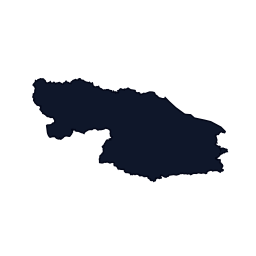 Kawkareik, Kayin, Myanmar (Natural Earth projection), rotated 295°
{"feature_id": "60261553B42100651402541", "entity_name": "Kawkareik", "entity_type": "district", "adm_level": 2, "iso_a3": "MMR", "parent_name": "Myanmar", "parent_adm1": "Kayin", "projection": "natural_earth1", "projection_center": [98.169, 16.039], "detail": "fine", "context": "isolated", "style": "filled", "palette": "ink", "viewbox_px": 256, "rotation_deg": 295, "n_neighbors": 0, "source": "geoboundaries", "source_scale": "gbopen_adm2", "svg_char_len": 5858}
<svg xmlns="http://www.w3.org/2000/svg" viewBox="0 0 256 256"><g transform="rotate(295 128 128)"><path d="M88.5,63.6L88.8,63.5L88.9,64.2L89.2,64.5L89.2,65.3L89.5,65.4L89.5,66.0L88.9,66.6L88.6,67.5L88.6,68.7L88.8,68.9L88.9,70.1L90.0,70.2L89.5,71.8L92.0,73.2L93.0,73.4L94.4,74.6L94.9,75.3L95.6,77.9L95.9,78.6L99.0,79.3L99.6,79.1L100.9,79.4L102.1,78.4L102.4,78.6L102.5,77.9L102.9,77.6L103.6,78.8L103.2,79.4L103.9,80.1L104.2,80.8L103.3,81.4L103.5,82.8L104.2,84.4L104.3,87.8L104.6,88.5L104.5,90.4L105.8,90.4L107.2,91.1L109.8,92.9L110.8,94.4L111.1,95.4L111.4,96.0L112.9,96.8L113.9,98.8L113.9,99.7L113.5,101.6L114.7,102.9L115.1,104.1L116.6,106.1L117.4,106.9L118.9,107.8L118.6,108.2L119.0,110.2L118.6,112.9L118.2,112.9L117.2,113.8L115.3,114.3L114.7,114.9L113.4,115.6L113.3,117.4L112.7,117.6L111.0,117.0L110.3,116.1L109.9,116.9L109.3,116.0L108.4,115.1L108.3,114.2L106.6,113.7L105.6,113.8L104.0,113.5L102.5,113.5L102.1,113.8L101.6,113.7L101.5,113.1L100.2,112.7L99.4,113.9L99.4,114.6L98.2,114.6L96.5,115.7L95.6,115.8L95.1,116.1L94.1,115.4L92.7,115.4L91.2,114.5L90.2,114.7L88.6,115.4L87.8,115.2L87.0,115.8L84.8,116.9L85.3,118.8L85.9,120.0L86.5,120.2L87.3,121.3L87.5,122.1L88.3,122.6L88.2,123.2L88.7,123.3L88.7,126.2L89.3,127.1L89.9,127.3L90.5,128.5L90.6,130.0L89.9,130.7L88.9,130.9L88.2,131.5L88.6,133.1L88.6,134.0L87.0,136.2L87.3,136.2L87.1,136.8L87.3,137.8L87.7,139.2L88.8,141.8L88.1,142.8L87.4,143.1L87.0,143.9L86.8,144.8L87.5,146.3L87.9,148.0L88.0,149.1L87.0,150.1L87.7,151.3L87.8,151.9L88.8,152.3L88.8,154.0L89.9,155.2L90.4,157.1L90.5,158.2L89.8,158.2L89.7,158.7L90.1,159.5L90.7,160.2L90.9,161.0L91.0,162.5L90.8,163.1L92.2,165.4L92.6,166.6L92.4,166.9L91.9,166.9L91.2,167.6L91.0,170.0L90.5,170.1L90.2,170.8L90.3,171.3L90.9,172.3L91.0,173.3L90.6,173.9L91.6,174.5L91.8,174.9L93.1,174.7L93.9,174.3L94.3,174.4L94.5,175.4L95.3,175.6L95.6,176.6L95.5,177.6L95.9,177.8L96.6,179.1L97.1,179.0L97.7,177.8L98.3,178.0L99.0,177.6L99.4,178.1L99.5,178.7L99.2,181.7L99.4,182.7L99.8,183.5L100.5,183.7L101.5,184.9L102.1,184.8L102.6,185.0L105.2,188.9L105.9,191.6L107.4,193.4L109.2,194.9L109.3,195.6L109.8,196.1L110.1,196.8L110.3,198.2L111.0,199.4L111.3,199.6L111.5,201.4L112.3,202.1L112.4,203.0L112.8,203.7L112.3,204.4L112.9,205.1L113.8,205.6L114.8,206.7L116.0,209.5L116.5,209.7L117.2,210.6L117.5,211.4L118.0,213.5L118.3,213.7L119.6,215.9L119.6,217.6L120.1,218.2L120.5,218.3L121.1,218.1L122.0,218.2L123.3,219.1L125.0,221.0L125.1,222.4L124.9,222.8L126.2,224.5L127.3,227.0L127.0,230.2L127.6,230.4L128.1,230.1L129.1,231.8L129.9,232.1L130.3,231.8L130.0,230.9L130.3,230.3L130.6,230.0L131.8,229.8L133.6,229.9L134.7,228.7L134.6,228.4L134.9,227.7L135.5,226.8L135.3,226.1L135.6,225.6L137.1,225.5L137.5,225.1L137.5,224.7L138.0,224.6L137.4,223.7L137.4,222.9L136.9,222.4L137.6,221.6L137.1,220.9L137.3,220.5L137.6,220.3L138.0,220.7L138.2,220.4L139.8,221.8L141.2,222.4L142.3,222.6L143.4,222.3L143.4,223.1L144.1,223.3L144.2,223.8L144.8,224.2L145.6,224.2L146.3,225.7L146.9,226.0L147.2,225.8L147.7,226.6L148.2,226.9L148.1,227.1L148.6,227.9L149.6,226.8L150.1,226.9L150.3,226.3L149.9,225.5L150.0,224.3L149.7,223.6L149.9,222.9L149.1,221.4L148.7,221.1L147.0,221.4L148.0,220.4L148.6,219.3L149.6,219.5L150.0,219.2L150.0,218.7L149.4,218.0L149.6,215.3L150.0,214.6L150.2,213.9L150.5,214.0L151.8,213.9L152.1,214.7L152.7,214.0L154.0,213.6L154.6,213.6L157.2,211.4L157.2,210.9L157.5,210.6L158.5,210.4L158.8,210.9L159.2,210.9L159.9,211.5L160.4,212.6L162.5,212.9L163.3,213.3L163.9,214.0L164.3,214.0L164.5,214.6L164.1,215.6L164.5,216.3L164.4,217.2L164.6,217.5L165.4,217.6L165.9,217.5L168.0,211.8L168.6,200.4L167.4,194.3L165.0,183.9L166.4,179.2L164.6,174.5L164.4,173.3L166.5,162.6L169.2,154.1L171.2,148.9L170.5,148.9L170.2,149.3L169.6,148.8L169.5,147.8L168.9,146.6L168.8,144.9L168.4,144.1L168.7,142.2L169.5,140.1L169.2,139.6L169.5,138.7L170.7,137.5L171.1,136.7L170.7,134.7L169.7,132.4L166.4,129.1L166.0,127.6L164.8,126.7L164.6,126.8L164.3,126.0L163.5,125.4L163.4,124.9L164.3,124.1L164.6,123.0L163.7,121.7L163.5,121.0L163.6,120.7L163.6,119.9L164.3,118.7L164.8,118.7L164.9,118.4L163.9,114.9L163.6,114.7L164.1,111.2L162.3,110.0L161.7,108.4L161.1,108.6L160.3,106.1L160.5,105.1L160.2,104.6L159.4,104.3L158.6,104.3L157.4,103.1L156.2,104.3L155.9,104.3L155.4,102.6L155.5,101.8L154.6,101.9L154.8,101.3L154.7,100.7L155.1,99.5L154.3,99.6L154.0,99.3L153.9,97.9L154.8,97.4L154.2,95.5L154.4,93.8L153.7,92.8L153.6,92.3L152.8,91.9L152.7,90.9L151.9,90.1L151.8,88.3L152.2,87.5L152.0,86.4L152.3,84.7L153.2,83.8L152.4,83.2L152.3,82.3L151.6,82.0L150.9,79.6L151.3,79.4L151.4,78.5L153.7,76.7L152.7,75.9L152.5,75.1L153.1,73.8L152.4,73.3L151.6,69.6L151.9,69.3L151.8,68.1L152.2,67.5L151.6,65.4L151.7,64.9L152.3,64.0L152.2,63.3L151.3,62.5L150.8,62.9L150.1,62.4L150.0,61.6L149.5,61.0L149.8,60.1L147.7,58.1L146.7,57.8L145.5,57.1L144.1,57.4L143.6,55.6L144.0,55.0L143.6,52.8L144.1,52.1L142.4,51.7L141.4,50.6L140.4,50.7L139.8,49.9L140.0,49.1L140.2,46.5L139.1,45.4L138.3,44.2L137.4,43.7L138.1,41.7L138.0,41.4L137.0,41.0L136.4,40.3L136.2,39.3L137.0,38.0L136.3,37.8L134.3,35.7L134.5,34.2L135.8,32.9L136.1,31.7L136.6,30.7L136.4,29.9L135.9,29.2L135.6,27.9L134.7,27.2L133.6,26.0L132.7,26.1L132.3,25.7L131.9,24.8L131.9,24.2L130.3,24.7L127.7,23.9L126.9,23.9L126.8,25.3L126.4,25.3L126.4,25.8L125.6,26.5L125.6,26.9L124.4,27.6L122.9,27.7L120.9,28.6L119.5,28.5L118.9,27.9L117.4,28.5L116.3,28.6L115.6,29.0L114.9,31.0L114.1,30.5L113.9,30.6L113.8,30.9L113.1,30.9L112.2,32.4L111.6,33.0L110.8,35.3L110.6,35.4L110.5,36.5L110.9,37.7L110.7,38.6L110.9,39.7L109.2,40.4L107.8,40.4L107.5,40.7L107.4,41.5L106.6,42.7L106.5,43.2L106.1,44.1L105.4,44.5L105.3,45.1L105.5,45.5L105.6,46.2L105.3,46.5L105.4,47.0L104.4,50.0L104.9,51.3L104.9,53.3L106.0,55.5L105.6,56.3L103.8,58.7L102.2,59.1L101.6,59.0L100.4,57.7L99.3,57.5L98.0,56.4L96.5,53.6L95.8,53.3L89.9,57.0L88.8,57.9L87.7,59.2L86.8,60.7L86.9,61.5L88.1,62.8L88.5,63.6Z" fill="#0f172a" stroke="#020617" stroke-width="1.5"/></g></svg>